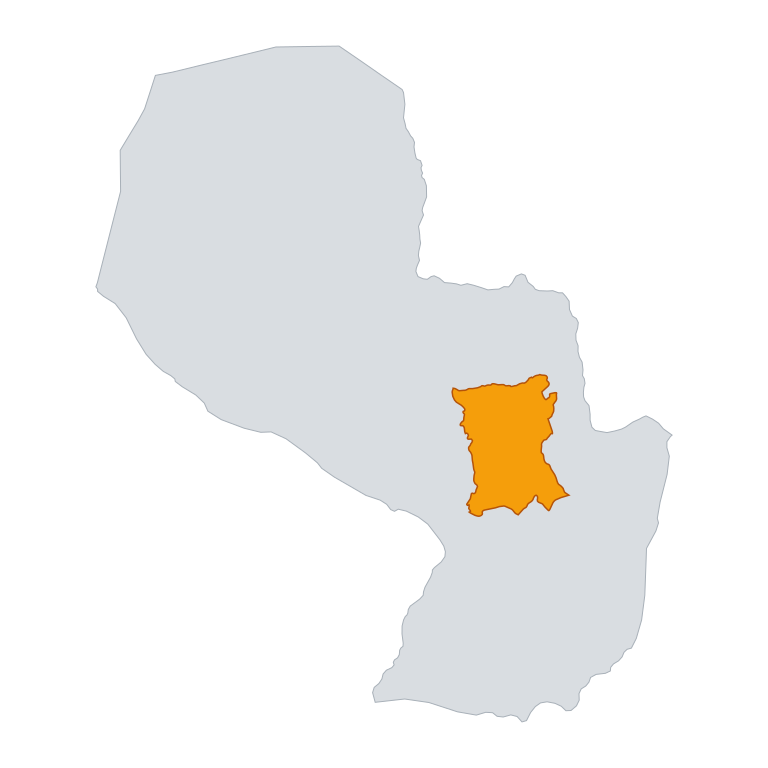 Paraguay, with San Pedro highlighted
{"feature_id": "PRY-606", "entity_name": "San Pedro", "entity_type": "Department", "adm_level": 1, "iso_a3": "PRY", "parent_name": "Paraguay", "parent_adm1": "", "projection": "natural_earth1", "projection_center": [-56.605, -24.173], "detail": "fine", "context": "in_parent", "style": "filled", "palette": "amber", "viewbox_px": 768, "rotation_deg": 0, "n_neighbors": 0, "source": "natural_earth", "source_scale": "10m", "svg_char_len": 7857}
<svg xmlns="http://www.w3.org/2000/svg" viewBox="0 0 768 768"><path d="M403.5,117.8L405.1,123.7L406.0,128.3L408.3,131.6L410.6,135.9L412.8,138.3L414.5,142.4L414.0,146.9L414.9,152.9L416.1,158.0L417.2,159.4L420.5,160.7L422.1,165.4L421.0,167.7L421.4,170.4L422.6,173.1L421.5,175.6L422.1,177.6L424.3,179.4L426.4,185.8L426.6,196.9L424.4,202.9L422.6,207.7L422.1,210.7L423.5,215.0L421.2,220.2L418.5,226.4L419.2,230.7L419.7,234.8L419.9,239.1L420.6,243.1L419.7,247.4L418.8,251.2L418.4,255.6L419.5,260.4L417.5,265.0L416.3,268.3L415.9,271.5L418.0,276.6L423.2,278.8L427.3,279.3L431.1,276.6L434.1,275.8L439.5,278.3L444.5,282.6L450.9,283.1L456.6,283.9L460.9,285.3L467.2,283.7L473.8,285.3L481.5,287.7L487.9,289.9L494.2,289.3L499.0,289.1L504.0,286.6L508.7,286.9L512.4,282.6L514.4,278.8L516.2,276.1L521.4,273.9L525.1,275.3L528.0,282.3L533.2,286.4L535.3,289.3L539.1,290.7L547.5,291.0L552.8,290.7L558.6,292.8L562.5,292.8L565.9,296.6L569.1,301.2L569.5,309.6L572.4,316.1L576.3,318.5L578.3,322.6L577.6,328.3L575.8,333.9L576.0,340.2L578.1,345.8L578.0,351.5L579.4,357.2L582.1,362.1L583.0,369.9L582.5,375.6L584.3,378.8L585.0,383.4L583.9,387.2L583.4,392.3L583.6,396.9L585.0,400.7L589.0,405.6L590.1,414.2L590.1,420.2L591.9,427.2L595.3,430.5L600.7,431.5L607.0,432.6L614.7,431.0L621.5,429.1L625.4,427.2L632.8,422.1L639.4,419.1L642.8,417.2L646.0,415.9L652.5,419.1L658.6,423.2L663.3,428.8L672.1,435.1L670.4,436.6L666.9,441.7L666.9,447.7L669.3,456.2L667.1,474.4L660.1,502.1L657.3,518.3L658.5,522.9L655.9,531.0L646.5,548.4L646.1,560.1L644.8,595.3L641.6,620.0L636.3,638.4L631.4,648.1L627.1,649.3L624.0,652.3L622.1,656.9L618.6,660.8L613.5,663.9L610.7,667.3L610.3,671.0L605.4,673.3L596.1,674.4L590.6,677.4L588.9,682.2L585.8,686.0L581.2,688.9L579.0,693.6L579.2,700.2L576.5,705.8L571.0,710.5L565.9,710.7L561.2,706.2L554.9,703.3L547.1,701.8L540.5,702.9L535.3,706.6L530.6,712.5L526.5,720.6L522.0,721.9L517.1,716.5L510.8,714.9L503.2,717.0L497.1,716.3L492.6,712.7L485.7,712.3L476.3,715.1L457.4,711.8L428.9,702.5L404.7,699.0L375.2,702.3L372.6,692.6L374.2,687.4L378.9,683.5L381.9,679.0L383.1,674.0L386.4,670.2L391.9,667.6L394.1,664.9L393.3,662.3L394.5,659.9L397.6,657.8L399.3,654.6L399.7,650.2L400.9,648.0L403.0,646.3L403.2,643.3L402.0,633.8L402.1,626.0L403.6,619.9L405.4,616.3L406.7,615.4L407.8,613.2L408.3,609.5L410.2,606.1L419.7,599.1L423.2,595.3L423.5,591.9L425.0,587.2L430.6,577.1L432.3,572.4L432.4,570.0L434.4,567.6L441.2,562.0L444.9,556.7L445.4,551.7L443.8,546.1L439.9,539.8L427.8,524.1L418.3,517.0L406.3,511.1L398.3,509.2L394.5,511.3L390.7,509.6L386.7,504.3L380.1,500.1L366.1,495.5L334.5,477.2L321.7,468.3L317.4,462.8L305.6,453.0L286.1,438.8L271.1,431.9L260.8,432.3L244.1,428.2L221.2,419.6L207.9,411.2L204.3,403.1L195.8,395.0L182.3,386.8L175.3,381.5L174.8,378.9L170.8,375.6L163.3,371.4L155.1,364.3L146.1,354.3L136.5,338.8L126.2,317.8L115.2,303.6L103.5,296.3L97.6,291.4L97.6,289.1L95.9,286.8L97.4,282.7L101.4,266.8L107.3,243.6L113.4,219.6L120.6,191.4L120.4,171.4L120.2,150.3L130.7,132.9L138.2,120.6L144.6,108.9L151.1,88.8L155.4,75.4L172.2,72.2L200.9,65.2L215.1,61.8L245.2,54.5L275.9,47.0L308.1,46.5L339.1,46.1L363.3,62.7L381.7,75.5L402.1,89.5L403.5,92.5L404.9,104.3L403.5,117.8Z" fill="#d9dde1" stroke="#a8b0b8" stroke-width="1"/><path d="M568.9,495.2L560.9,497.6L555.4,500.0L554.0,501.3L553.0,502.6L550.0,509.1L549.4,510.1L548.8,510.6L548.2,510.3L545.0,507.1L542.7,504.2L542.3,503.8L541.8,503.6L538.7,502.3L538.0,501.7L537.5,501.2L537.4,500.6L537.3,499.9L537.4,499.3L537.6,498.1L537.6,497.2L537.3,496.2L536.4,495.3L535.8,495.3L535.1,495.7L534.4,496.4L533.9,497.3L533.4,498.3L533.1,499.3L532.4,500.4L531.5,501.4L528.6,503.3L527.9,504.0L527.4,504.8L527.1,505.7L526.6,506.6L526.0,507.4L523.9,508.6L523.2,509.2L518.2,514.8L515.6,513.5L515.3,513.2L515.0,513.0L512.5,509.9L511.3,509.0L504.9,506.2L503.9,506.0L499.3,506.6L495.5,507.8L484.8,510.0L483.8,510.3L483.3,510.6L482.7,511.1L482.5,511.4L482.3,511.6L482.3,512.1L482.2,512.6L482.3,512.8L482.4,513.4L482.4,513.7L482.4,514.0L482.2,514.5L481.8,514.9L481.1,515.5L479.7,516.1L478.5,516.2L477.2,516.0L474.9,515.3L470.4,513.0L469.2,512.1L470.1,511.7L470.5,511.2L470.2,510.5L469.4,509.5L468.8,508.6L468.8,507.9L469.0,507.1L469.2,506.2L469.0,504.9L468.6,505.0L468.0,505.4L467.4,505.3L466.8,504.6L466.8,504.1L470.3,498.8L471.3,494.1L471.5,493.5L472.3,493.2L472.9,493.3L473.5,493.6L474.3,493.5L475.4,492.7L475.8,491.4L476.1,489.9L477.5,486.6L477.1,485.3L476.0,484.3L475.1,483.6L474.6,482.6L474.1,481.6L473.8,480.5L473.8,478.9L474.1,475.5L474.7,472.9L474.8,472.1L474.0,470.0L473.7,468.9L472.9,463.0L472.4,460.6L472.0,455.6L471.7,454.5L471.0,453.0L470.5,452.1L469.2,450.6L468.9,449.9L468.7,449.2L468.6,448.2L468.6,447.7L468.7,447.4L468.9,446.9L470.2,445.4L470.7,444.0L471.9,442.4L472.5,440.8L471.5,439.2L470.8,439.1L468.4,439.2L467.7,438.9L467.4,438.2L467.5,437.4L467.9,436.7L468.4,435.3L467.8,433.9L466.7,433.1L465.4,433.6L464.7,431.6L464.5,429.5L464.2,427.4L463.0,425.8L462.3,425.6L461.4,425.7L460.5,425.5L460.2,424.9L460.4,423.9L460.9,423.1L461.4,422.5L461.7,422.1L461.9,421.9L463.5,420.7L463.7,419.9L463.9,417.4L464.4,414.9L464.4,414.3L464.2,413.8L463.7,413.4L463.2,412.8L463.0,412.0L463.2,411.4L464.4,410.9L464.8,410.1L464.8,409.2L464.5,408.6L463.5,407.3L461.4,405.3L456.4,402.2L454.5,400.0L452.8,396.3L452.6,395.2L452.5,394.3L452.2,392.6L452.2,391.6L452.4,390.7L453.0,389.2L453.1,388.2L454.9,388.5L455.7,388.9L456.0,389.1L456.4,389.2L458.1,390.3L458.5,390.5L459.2,390.7L459.7,390.7L464.2,390.3L464.4,390.4L464.9,390.3L465.6,390.2L467.0,389.6L468.2,388.9L468.7,388.7L469.4,388.6L472.6,388.6L477.5,387.8L480.5,386.7L481.0,386.4L481.3,386.1L481.6,385.9L482.0,385.7L482.5,385.7L483.2,385.8L483.7,385.9L484.2,386.1L484.7,386.1L485.2,386.0L486.5,385.4L487.5,385.1L488.2,385.0L489.9,385.1L490.5,385.1L491.0,384.9L491.4,384.5L492.0,383.9L492.4,383.8L493.0,383.7L494.7,383.9L498.1,384.8L502.1,384.6L503.1,384.6L503.8,384.7L505.4,385.7L506.1,385.8L507.0,385.8L508.8,385.6L509.6,385.7L510.2,385.8L510.6,386.4L511.3,386.5L512.3,386.4L514.5,385.8L515.5,385.7L516.1,385.7L516.6,385.5L519.6,383.8L522.4,383.0L523.0,383.0L523.4,383.1L523.8,383.1L524.4,383.1L526.0,382.2L526.9,381.2L527.8,380.4L528.4,379.4L529.2,378.2L531.5,377.2L532.2,377.8L532.5,377.7L533.0,377.4L533.8,376.7L535.4,375.8L536.7,375.4L538.1,375.2L538.9,375.0L539.5,374.6L539.9,374.6L540.9,374.9L541.8,375.1L544.7,375.3L545.7,375.6L546.3,375.9L546.8,376.5L547.2,377.1L547.3,377.6L547.3,378.1L547.1,378.6L546.8,379.4L546.7,379.8L546.8,380.2L547.1,380.8L548.2,381.9L548.5,382.2L548.8,382.7L549.0,383.3L549.1,383.7L549.1,384.0L549.0,384.5L548.9,384.9L548.4,385.7L547.8,386.4L542.2,391.5L541.9,391.9L542.0,392.5L542.1,393.2L542.5,394.3L543.0,395.7L544.2,398.0L545.1,399.1L545.8,399.6L546.1,399.6L546.5,399.4L547.6,398.4L548.0,398.1L548.8,397.7L549.2,397.4L549.4,397.0L549.6,396.5L549.7,395.8L549.6,394.6L549.7,394.1L550.0,393.9L550.6,393.6L554.8,392.7L555.7,392.7L556.4,392.8L556.6,393.1L556.6,393.5L556.4,394.4L556.4,395.5L556.6,398.5L556.6,399.0L556.5,399.4L556.0,400.6L555.6,401.3L554.9,402.1L553.3,404.4L553.2,404.7L553.2,405.1L553.6,406.4L553.8,408.4L553.7,410.5L553.7,411.0L553.6,411.4L553.3,412.2L552.1,414.7L551.7,416.1L551.6,416.3L551.4,416.5L549.1,418.4L548.5,418.7L548.0,418.8L552.2,431.2L552.5,433.1L552.4,433.6L552.0,433.5L551.8,433.5L551.5,433.5L551.2,433.6L550.9,433.9L549.9,435.0L549.0,436.3L547.5,437.9L546.6,439.2L546.3,439.5L546.0,439.6L544.3,440.0L543.9,440.2L543.6,440.4L543.4,440.7L542.0,442.7L541.8,443.1L541.5,444.3L541.6,446.2L541.2,450.0L541.2,451.5L541.3,452.6L542.8,454.0L543.1,454.4L543.4,455.2L543.6,456.1L543.9,458.8L544.2,460.0L544.5,461.0L544.9,461.8L545.4,462.5L546.0,463.1L546.5,463.5L547.1,463.9L548.4,464.3L548.9,464.6L549.3,465.0L549.7,465.5L551.1,469.1L554.7,474.7L556.1,477.9L557.1,481.3L557.8,483.1L558.6,484.3L560.6,485.7L561.7,486.7L563.1,488.3L563.7,490.1L564.2,491.3L564.6,492.2L565.3,492.8L568.9,495.2Z" fill="#f59e0b" stroke="#b45309" stroke-width="1.5"/></svg>